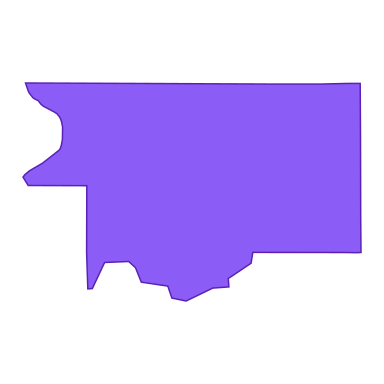 the district of DeSoto, Mississippi, United States of America
{"feature_id": "52423323B17373882514078", "entity_name": "DeSoto", "entity_type": "district", "adm_level": 2, "iso_a3": "USA", "parent_name": "United States of America", "parent_adm1": "Mississippi", "projection": "equal_earth", "projection_center": [-90.082, 34.852], "detail": "fine", "context": "isolated", "style": "filled", "palette": "violet", "viewbox_px": 384, "rotation_deg": 0, "n_neighbors": 0, "source": "geoboundaries", "source_scale": "gbopen_adm2", "svg_char_len": 782}
<svg xmlns="http://www.w3.org/2000/svg" viewBox="0 0 384 384"><path d="M87.8,288.9L92.3,288.6L104.6,262.5L128.7,261.5L135.5,267.7L141.3,282.2L167.8,286.1L171.9,298.1L186.1,301.0L212.7,288.1L228.9,286.9L228.3,278.5L251.1,263.2L252.8,252.4L344.0,252.5L356.7,252.7L361.0,252.5L360.7,216.8L360.5,134.6L360.2,83.4L350.2,83.4L340.0,83.6L319.7,84.1L309.4,84.1L289.2,84.1L269.2,84.1L263.5,84.0L258.9,84.0L208.3,83.8L188.2,83.7L167.7,83.6L147.4,83.5L25.5,83.0L28.3,91.2L29.4,93.3L32.9,97.7L34.8,99.0L38.1,100.6L41.0,104.3L43.3,106.2L53.9,111.8L57.2,113.9L59.4,116.8L60.7,119.2L61.6,122.0L62.6,127.1L62.4,139.6L61.4,144.9L60.4,148.2L59.3,150.0L42.6,163.1L29.6,170.7L25.0,174.5L23.0,177.1L28.2,185.5L86.8,185.7L86.6,252.4L87.8,288.9Z" fill="#8b5cf6" stroke="#5b21b6" stroke-width="1.5"/></svg>